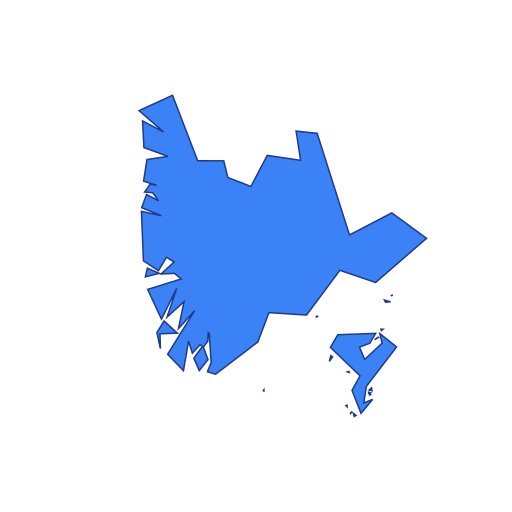 outline of Southland District, Southland, New Zealand, rotated 315°
{"feature_id": "76426892B99609638104575", "entity_name": "Southland District", "entity_type": "district", "adm_level": 2, "iso_a3": "NZL", "parent_name": "New Zealand", "parent_adm1": "Southland", "projection": "equal_earth", "projection_center": [167.626, -45.773], "detail": "medium", "context": "isolated", "style": "filled", "palette": "blue", "viewbox_px": 512, "rotation_deg": 315, "n_neighbors": 0, "source": "geoboundaries", "source_scale": "gbopen_adm2", "svg_char_len": 1936}
<svg xmlns="http://www.w3.org/2000/svg" viewBox="0 0 512 512"><g transform="rotate(315 256 256)"><path d="M276.1,70.5L278.3,102.9L271.3,80.3L253.4,100.1L264.2,123.3L247.1,110.7L229.4,123.6L235.7,135.7L232.1,130.3L222.5,132.0L227.7,138.2L226.1,148.0L222.1,135.1L209.3,141.0L217.6,160.7L206.6,143.4L173.0,179.8L176.6,197.4L191.8,193.6L193.8,202.3L176.2,201.6L186.0,210.6L187.0,219.4L155.8,203.0L144.5,233.8L177.0,222.8L149.9,236.3L172.8,237.4L149.9,252.5L173.9,251.3L124.0,263.0L123.6,285.8L148.0,268.6L142.3,279.7L153.7,279.2L154.1,282.0L139.7,284.4L134.9,296.9L148.8,295.3L154.4,283.2L161.6,282.2L168.0,276.4L168.1,277.7L149.0,299.6L139.8,303.5L143.8,311.0L196.5,318.1L225.1,305.2L250.0,333.5L305.2,325.4L321.8,359.3L389.1,364.1L382.5,321.5L337.0,307.2L386.0,212.5L372.7,196.0L355.2,219.9L335.1,192.8L301.6,203.2L291.6,180.6L300.5,165.9L282.1,147.4L310.6,83.3L276.1,70.5ZM258.2,369.5L244.0,373.2L244.8,414.3L228.9,418.9L219.0,441.5L237.1,439.9L228.3,436.1L241.9,426.2L291.1,419.7L288.7,398.4L283.5,406.8L259.7,406.0L264.8,393.6L274.8,398.2L285.9,395.3L258.2,369.5ZM145.1,236.9L131.7,240.1L122.9,253.9L133.1,243.1L145.8,255.0L145.1,236.9ZM170.6,187.8L163.0,192.5L175.3,199.8L170.6,187.8ZM238.5,379.4L233.4,382.3L238.7,381.6L238.5,379.4ZM318.7,383.6L315.7,377.9L314.9,380.2L318.7,383.6ZM214.0,439.5L213.6,436.1L212.0,438.9L214.0,439.5ZM244.5,430.9L241.2,430.8L242.7,433.3L244.5,430.9ZM285.0,399.8L280.7,399.0L285.1,400.2L285.0,399.8ZM294.0,397.6L292.6,396.1L291.9,397.4L294.0,397.6ZM239.2,433.7L238.1,434.6L239.2,435.0L239.2,433.7ZM213.9,434.2L212.0,433.6L211.6,434.2L213.9,434.2ZM240.1,433.5L239.3,432.0L238.5,432.8L240.1,433.5ZM256.7,341.6L254.9,341.7L256.8,342.2L256.7,341.6ZM214.9,426.0L213.8,425.4L213.8,427.1L214.9,426.0ZM240.1,403.3L238.7,402.6L239.5,404.3L240.1,403.3ZM166.1,357.0L166.9,356.2L165.9,356.4L166.1,357.0ZM325.2,380.2L323.9,379.7L323.9,380.1L325.2,380.2Z" fill="#3b82f6" stroke="#1e3a8a" stroke-width="1.5"/></g></svg>